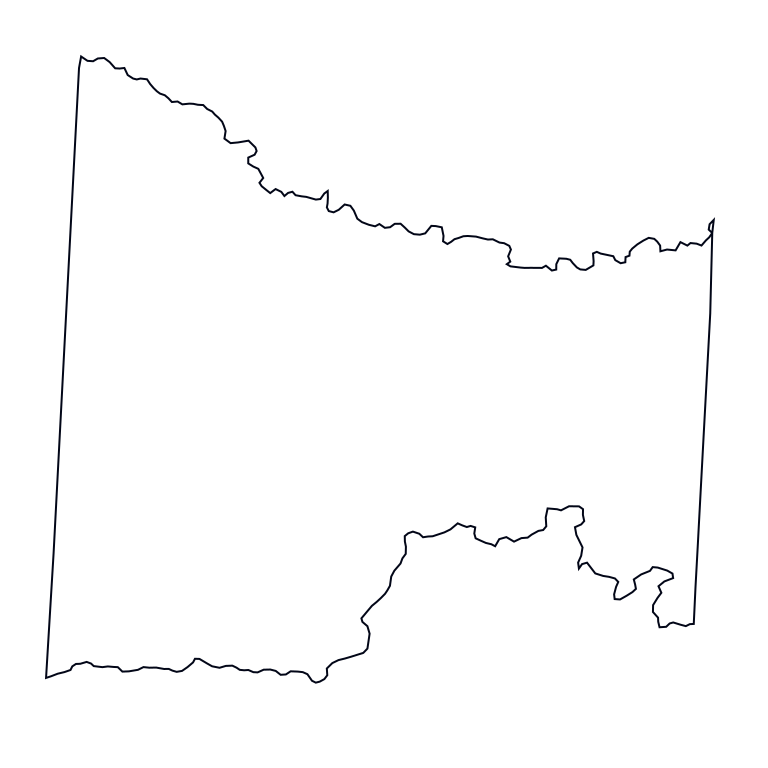 outline of Monte Negro, Rondônia, Brazil, rotated 273°
{"feature_id": "56859067B64772459385796", "entity_name": "Monte Negro", "entity_type": "district", "adm_level": 2, "iso_a3": "BRA", "parent_name": "Brazil", "parent_adm1": "Rondônia", "projection": "albers", "projection_center": [-63.371, -10.246], "detail": "fine", "context": "isolated", "style": "outline", "palette": "ink", "viewbox_px": 768, "rotation_deg": 273, "n_neighbors": 0, "source": "geoboundaries", "source_scale": "gbopen_adm2", "svg_char_len": 4096}
<svg xmlns="http://www.w3.org/2000/svg" viewBox="0 0 768 768"><g transform="rotate(273 384 384)"><path d="M72.8,61.9L74.7,66.8L77.6,73.3L79.6,80.0L82.0,85.9L85.7,87.5L88.3,91.0L88.7,95.3L90.9,101.6L89.5,106.1L87.1,108.9L86.5,117.6L87.5,123.0L87.3,128.5L87.3,133.0L83.1,137.8L83.7,144.3L85.7,153.3L88.7,158.6L88.4,164.6L88.9,171.3L87.9,179.3L88.2,184.0L86.7,187.7L85.7,192.0L86.9,197.3L91.0,202.6L96.0,207.9L99.7,209.6L99.8,214.1L95.7,221.9L93.1,227.1L92.0,234.6L94.2,240.8L94.8,247.3L93.0,251.6L91.0,254.9L90.8,259.4L91.3,263.5L89.4,268.6L89.4,272.9L92.4,278.8L92.9,285.4L91.8,290.9L88.2,296.0L88.8,301.2L92.2,305.8L92.3,313.0L92.0,318.0L90.2,322.7L83.9,327.6L82.2,331.5L83.4,335.4L86.2,339.9L90.2,342.6L96.9,341.8L102.6,347.0L105.9,353.0L107.8,359.3L109.9,365.3L114.4,377.4L118.9,381.3L133.9,382.7L141.3,380.1L145.3,374.9L148.8,373.7L161.8,383.5L166.1,388.2L170.1,392.1L174.5,396.0L178.0,398.1L182.8,400.5L192.1,401.3L198.1,404.1L205.6,409.9L210.8,411.5L215.5,414.6L222.7,414.4L227.8,413.1L233.2,412.7L236.2,416.0L238.1,420.6L236.3,427.1L233.0,431.0L234.0,435.9L234.5,440.6L239.0,452.1L242.3,458.0L248.7,464.9L246.9,469.6L245.5,474.2L246.8,477.9L245.6,482.6L239.4,482.0L234.7,483.6L232.5,489.1L230.6,494.1L229.6,499.6L227.8,503.5L235.1,507.2L237.5,514.2L233.4,522.1L237.3,529.3L238.1,535.5L241.3,539.3L245.4,545.9L246.5,550.6L250.4,553.5L259.3,552.5L268.3,553.9L268.0,563.4L267.1,567.4L271.6,575.2L272.0,585.2L269.4,589.3L263.7,589.5L257.6,591.1L254.1,588.3L251.0,582.2L243.4,584.0L231.2,590.8L222.8,589.9L215.8,587.2L209.9,588.3L214.5,591.2L216.2,596.1L205.9,604.9L203.8,612.9L203.2,618.8L201.9,624.8L198.6,628.3L193.6,626.4L186.0,624.8L181.3,625.6L181.2,631.0L185.2,637.3L189.2,643.0L192.6,646.3L196.8,645.3L201.9,643.7L207.3,650.8L211.3,659.4L215.2,661.9L215.0,667.0L212.5,676.6L209.8,682.0L205.3,682.9L201.5,674.3L196.4,668.7L190.0,671.9L184.8,668.4L177.3,664.3L170.4,664.5L165.0,669.9L160.9,670.3L155.5,671.9L156.3,678.5L159.8,681.8L161.0,685.3L159.1,692.9L158.0,698.1L160.2,702.0L160.6,705.9L197.8,705.7L240.4,705.8L257.3,705.8L346.5,705.9L471.6,706.1L552.0,703.9L547.5,701.1L544.3,698.0L538.9,693.8L540.5,688.9L540.8,682.7L538.1,679.7L541.2,672.6L532.7,668.2L533.1,659.6L531.0,653.1L536.7,652.5L540.5,649.4L543.1,646.3L543.8,640.7L540.8,635.5L536.7,629.7L532.2,624.8L529.0,622.5L525.0,622.4L523.4,618.6L518.2,618.6L517.0,614.0L519.8,608.5L523.6,606.3L525.6,593.5L527.1,589.6L525.3,585.9L517.6,586.9L513.4,586.9L508.5,579.5L508.7,574.0L510.5,570.5L514.6,566.2L517.8,563.5L518.6,559.5L518.6,552.3L512.7,549.8L507.3,550.0L506.1,545.7L510.6,539.5L508.2,535.7L507.7,524.4L507.3,518.5L507.4,514.6L508.1,504.1L510.1,500.4L512.8,503.7L518.0,501.3L524.9,503.7L528.5,501.9L530.9,496.6L531.3,491.9L534.2,485.1L533.7,480.2L534.6,475.0L536.0,468.2L536.2,459.8L535.7,455.5L533.7,450.8L532.3,446.8L529.5,443.6L527.1,440.0L529.6,435.5L535.0,435.7L543.5,433.5L544.4,427.5L544.4,423.0L536.6,417.3L535.0,412.0L535.2,406.0L537.7,400.6L541.3,396.6L544.9,392.2L544.5,386.3L540.9,381.9L540.0,376.7L543.5,371.0L541.0,366.9L542.2,360.6L544.5,353.5L547.7,348.7L555.6,344.8L560.2,341.1L561.2,335.3L555.6,329.7L552.8,324.7L553.8,319.8L557.4,317.7L561.2,318.2L567.2,318.2L573.8,317.7L571.1,314.4L565.4,310.8L564.6,306.3L566.8,296.6L567.1,291.9L567.9,285.8L571.2,282.5L569.8,278.2L566.5,274.7L570.5,271.4L573.0,265.5L568.7,260.4L571.6,256.3L575.1,251.5L578.4,249.1L583.4,252.6L587.9,249.9L592.3,247.2L594.3,242.1L597.2,236.9L603.0,236.6L606.2,242.8L610.0,244.6L613.5,243.2L619.9,236.0L617.6,225.6L616.5,218.2L620.7,211.8L628.3,212.6L633.4,210.6L637.5,208.6L641.4,204.6L644.2,201.0L647.1,198.2L649.4,193.0L653.1,188.9L653.1,183.6L653.8,178.9L653.8,175.0L652.7,168.0L655.3,163.1L654.5,157.4L658.1,153.7L660.9,150.0L662.3,145.1L664.5,141.8L667.6,138.3L671.3,134.8L675.9,131.4L676.3,124.8L675.2,121.2L675.9,117.5L679.1,111.9L686.0,108.2L685.2,103.5L685.2,99.0L691.1,93.2L694.9,87.5L694.1,81.2L691.1,76.6L691.2,71.0L695.2,64.4L683.6,62.9L646.5,62.9L384.4,62.9L292.2,62.9L285.0,62.9L197.6,62.9L72.8,61.9ZM552.0,703.9L565.1,704.7L560.6,700.8L555.2,700.2L552.0,703.9Z" fill="none" stroke="#020617" stroke-width="2"/></g></svg>